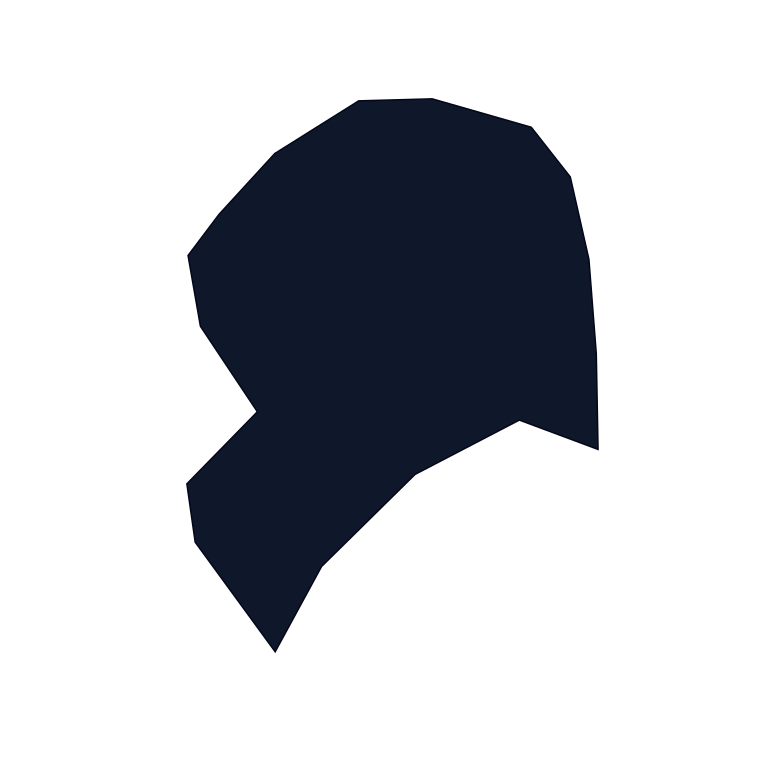 outline of Bangui, rotated 16°
{"feature_id": "CAF-1460", "entity_name": "Bangui", "entity_type": "Autonomous Commune", "adm_level": 1, "iso_a3": "CAF", "parent_name": "Central African Republic", "parent_adm1": "", "projection": "mercator", "projection_center": [18.542, 4.372], "detail": "fine", "context": "isolated", "style": "filled", "palette": "ink", "viewbox_px": 768, "rotation_deg": 16, "n_neighbors": 0, "source": "natural_earth", "source_scale": "10m", "svg_char_len": 396}
<svg xmlns="http://www.w3.org/2000/svg" viewBox="0 0 768 768"><g transform="rotate(16 384 384)"><path d="M607.8,387.9L524.0,381.4L438.8,462.3L374.3,576.6L353.2,671.4L246.1,588.1L222.0,534.3L269.9,445.6L191.6,379.1L160.2,314.5L178.6,266.5L215.5,192.5L281.6,118.8L351.7,96.6L454.8,96.6L506.0,133.6L546.6,207.6L579.7,296.3L607.8,387.9Z" fill="#0f172a" stroke="#020617" stroke-width="1.5"/></g></svg>